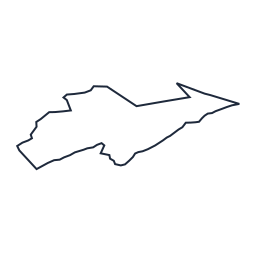 the district of Altaneira, Ceará, Brazil, rotated 185°
{"feature_id": "56859067B38427988567016", "entity_name": "Altaneira", "entity_type": "district", "adm_level": 2, "iso_a3": "BRA", "parent_name": "Brazil", "parent_adm1": "Ceará", "projection": "orthographic", "projection_center": [-39.704, -6.984], "detail": "fine", "context": "isolated", "style": "outline", "palette": "slate", "viewbox_px": 256, "rotation_deg": 185, "n_neighbors": 0, "source": "geoboundaries", "source_scale": "gbopen_adm2", "svg_char_len": 1035}
<svg xmlns="http://www.w3.org/2000/svg" viewBox="0 0 256 256"><g transform="rotate(185 128 128)"><path d="M165.8,166.6L168.4,162.3L174.2,159.5L184.5,157.2L191.8,156.0L194.9,152.8L191.4,150.5L186.5,140.5L194.3,138.9L202.2,137.5L207.9,136.9L215.7,129.3L219.9,126.0L219.2,121.3L224.3,112.9L222.8,109.4L226.3,106.9L231.9,104.2L236.8,100.4L234.3,96.2L215.5,79.1L210.5,82.4L204.8,86.2L198.8,89.5L193.3,90.5L189.1,93.2L183.4,95.9L178.8,99.1L170.3,102.5L166.8,104.2L161.0,105.7L157.4,108.5L153.0,110.6L150.1,108.6L153.0,100.4L144.2,99.4L143.2,95.9L139.3,94.1L137.7,90.9L131.9,90.1L127.8,91.5L124.0,95.5L120.6,99.5L118.7,103.2L115.6,104.9L111.4,106.1L106.4,108.6L99.4,113.0L96.2,115.5L92.1,118.7L88.5,121.9L85.4,123.8L81.5,127.3L77.5,130.9L73.9,133.5L70.9,138.3L65.7,138.9L61.3,139.6L57.8,140.4L55.2,144.1L52.8,146.9L49.8,149.3L45.6,150.2L42.2,152.4L36.4,155.1L31.6,157.4L26.3,159.7L19.2,161.7L49.0,168.0L54.6,168.9L83.5,176.9L69.3,164.1L95.3,157.4L121.4,150.5L152.5,167.4L165.8,166.6Z" fill="none" stroke="#1e293b" stroke-width="2"/></g></svg>